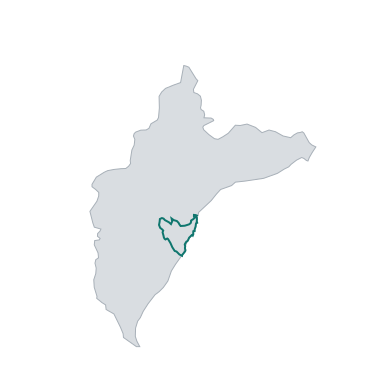 location of Ungheni within Moldova, rotated 245°
{"feature_id": "MDA-1623", "entity_name": "Ungheni", "entity_type": "District", "adm_level": 1, "iso_a3": "MDA", "parent_name": "Moldova", "parent_adm1": "", "projection": "equal_earth", "projection_center": [27.914, 47.242], "detail": "fine", "context": "in_parent", "style": "outline", "palette": "teal", "viewbox_px": 384, "rotation_deg": 245, "n_neighbors": 0, "source": "natural_earth", "source_scale": "10m", "svg_char_len": 2940}
<svg xmlns="http://www.w3.org/2000/svg" viewBox="0 0 384 384"><g transform="rotate(245 192 192)"><path d="M73.9,79.3L75.3,76.3L89.1,68.4L92.7,69.7L99.9,70.0L114.5,69.7L121.8,64.5L126.2,66.0L129.9,63.6L135.9,60.7L136.8,61.3L137.6,61.8L146.9,63.1L154.0,65.9L158.7,70.3L163.5,73.0L168.5,74.0L171.3,76.2L171.9,79.5L176.5,81.1L185.4,81.1L189.1,83.3L187.8,87.7L188.7,89.1L191.8,87.6L194.2,88.9L195.5,92.2L196.9,93.8L201.4,88.6L206.1,89.1L217.6,91.3L223.8,101.9L227.7,105.7L231.0,107.3L235.3,105.6L239.0,103.6L241.2,104.6L245.9,111.6L247.0,120.8L247.0,124.6L245.4,130.9L243.1,137.6L241.3,141.9L242.1,145.4L243.8,148.4L246.6,149.3L255.5,155.3L258.9,159.4L263.8,162.4L267.5,162.6L269.4,164.3L270.1,166.4L269.7,171.7L267.6,176.7L267.9,179.9L271.2,183.7L271.6,188.1L271.9,190.9L273.6,193.1L281.9,197.9L292.6,202.6L295.4,206.7L297.1,211.8L296.7,220.4L296.0,227.9L310.1,238.0L308.6,239.9L306.4,241.9L293.1,243.5L290.4,244.3L284.5,236.7L281.4,235.7L278.6,238.5L275.3,240.1L271.2,239.3L266.9,237.0L264.7,235.3L262.9,235.1L260.2,236.8L256.6,236.1L254.2,234.2L250.9,240.6L248.8,242.0L247.5,241.8L247.2,230.8L246.2,229.2L243.5,228.9L237.0,231.5L230.8,234.9L228.7,237.9L229.0,243.3L229.9,249.7L234.2,259.5L231.9,263.8L230.3,270.6L223.7,276.9L216.2,280.5L215.6,288.0L211.4,293.1L204.3,298.2L199.5,304.4L200.7,308.6L201.0,312.6L200.2,315.3L200.0,317.4L198.2,318.3L187.2,319.1L184.1,320.4L180.5,323.3L177.1,317.8L173.7,312.9L171.1,310.2L172.2,309.0L175.0,307.7L176.9,306.0L176.7,300.2L175.2,293.5L173.9,290.3L173.8,285.3L172.8,277.4L174.1,262.8L179.5,244.6L182.6,235.5L181.1,230.6L182.2,219.0L179.8,213.3L176.1,205.8L170.8,189.6L164.3,184.0L156.2,177.9L152.7,173.2L150.4,168.1L145.6,163.0L140.1,158.3L133.5,146.6L130.1,141.4L129.1,139.9L121.5,132.5L117.6,125.7L115.6,120.2L114.5,115.1L109.3,105.0L104.5,97.4L100.0,92.1L97.9,88.2L92.6,83.4L85.1,79.6L80.2,79.0L73.9,79.3Z" fill="#d9dde1" stroke="#a8b0b8" stroke-width="1"/><path d="M166.6,185.5L165.1,184.9L163.5,184.0L161.9,183.7L161.9,182.5L161.0,181.8L159.1,180.7L157.1,178.7L156.4,178.3L155.8,178.1L155.5,177.9L155.9,177.2L155.9,176.6L153.0,175.2L152.2,174.3L152.9,174.1L153.1,173.7L152.9,173.2L152.7,172.5L152.6,172.4L151.8,170.1L150.1,168.2L149.4,167.1L149.4,166.0L148.1,163.9L147.4,163.2L145.7,162.9L145.2,162.6L144.7,162.2L143.9,161.8L142.1,161.5L141.6,161.2L140.7,159.9L139.1,156.5L138.4,156.0L138.9,155.6L140.7,154.2L144.6,152.8L145.9,151.4L150.3,150.8L154.8,150.9L159.5,150.4L160.3,149.9L160.2,147.9L161.1,147.4L162.7,147.3L164.4,147.7L167.9,148.3L169.2,149.6L170.4,149.3L173.0,148.0L176.1,148.2L178.6,150.0L181.1,151.5L181.1,153.7L179.9,155.0L178.1,155.5L174.3,158.3L171.8,159.4L173.8,161.7L176.6,162.3L174.2,163.6L172.1,166.0L169.8,166.8L167.9,166.9L166.0,167.3L164.5,171.2L163.9,175.7L164.4,177.6L165.5,178.7L166.0,178.8L166.5,179.1L166.7,180.2L166.8,181.4L167.4,183.3L169.2,183.5L170.4,184.1L169.5,185.6L168.6,186.4L167.9,184.9L166.6,185.5Z" fill="none" stroke="#0f766e" stroke-width="2"/></g></svg>